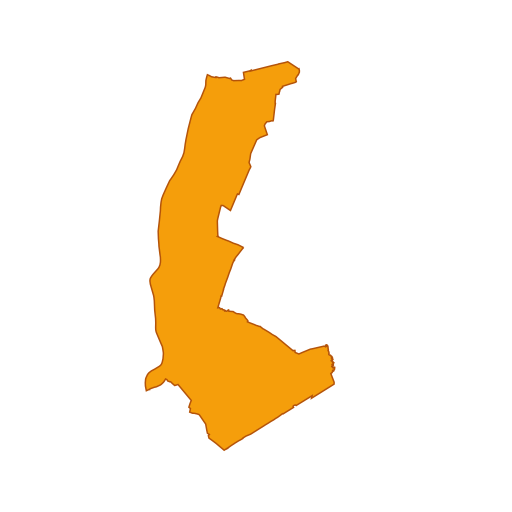 outline of Līksnas pag., Daugavpils, Latvia, rotated 29°
{"feature_id": "27541924B33833880746459", "entity_name": "Līksnas pag.", "entity_type": "district", "adm_level": 2, "iso_a3": "LVA", "parent_name": "Latvia", "parent_adm1": "Daugavpils", "projection": "orthographic", "projection_center": [26.497, 56.013], "detail": "fine", "context": "isolated", "style": "filled", "palette": "amber", "viewbox_px": 512, "rotation_deg": 29, "n_neighbors": 0, "source": "geoboundaries", "source_scale": "gbopen_adm2", "svg_char_len": 5832}
<svg xmlns="http://www.w3.org/2000/svg" viewBox="0 0 512 512"><g transform="rotate(29 256 256)"><path d="M292.9,316.1L291.6,316.2L289.4,316.7L288.3,316.7L282.7,317.5L280.4,317.7L280.4,316.7L279.5,316.2L276.7,315.2L275.7,314.5L273.7,313.7L271.0,314.2L268.9,314.9L267.5,315.6L266.2,315.9L262.8,315.7L262.3,316.0L260.7,316.7L259.1,317.5L258.7,317.4L258.5,317.1L258.5,316.7L258.4,316.5L258.2,316.4L257.9,316.7L257.2,318.4L256.9,318.7L256.5,318.8L255.6,318.5L255.4,318.6L255.4,318.8L255.4,319.2L255.3,319.3L255.0,319.2L254.4,318.6L253.9,318.7L253.0,319.1L252.2,318.7L251.7,318.6L251.4,318.9L250.9,319.5L250.2,319.5L249.3,318.9L248.9,318.9L247.7,319.8L245.5,309.9L245.1,308.7L244.9,307.8L245.4,307.7L243.8,300.7L243.6,300.7L243.0,296.8L242.6,295.2L241.6,288.5L240.7,283.5L240.4,281.2L240.2,279.6L239.3,274.7L239.0,272.8L239.1,270.7L239.2,270.1L238.7,270.2L239.0,266.3L239.6,263.1L240.5,257.1L240.9,255.2L240.2,255.1L239.8,254.9L239.9,254.7L234.7,254.9L230.0,255.8L224.7,256.2L222.4,256.6L217.6,257.2L212.8,257.6L212.7,257.6L213.1,256.9L212.7,256.6L210.4,252.9L205.2,244.1L204.5,242.1L201.3,230.3L201.1,228.6L202.8,227.8L211.6,228.6L209.8,212.3L209.7,210.7L211.2,210.5L210.8,206.7L210.4,203.2L208.3,183.8L208.3,181.3L208.1,180.3L204.7,177.7L204.2,176.3L204.0,175.3L203.6,174.0L201.7,169.0L200.3,154.0L202.0,150.6L207.1,144.4L200.2,138.1L199.9,136.4L200.4,133.3L202.4,132.0L204.1,130.2L205.4,129.6L205.3,128.8L201.1,118.6L199.1,113.3L198.9,113.4L197.8,111.5L195.1,105.0L196.2,104.4L197.6,103.3L196.9,101.0L196.9,100.6L196.3,98.6L197.5,95.5L196.9,94.8L203.0,88.3L204.1,87.3L206.1,85.2L206.7,84.3L206.6,83.7L206.3,83.6L205.9,83.1L204.6,81.5L204.8,77.5L205.1,77.2L204.8,74.2L204.6,73.8L204.0,72.7L202.8,71.4L202.6,71.7L189.6,70.7L187.2,73.1L182.6,77.1L182.5,77.4L177.4,82.0L161.5,96.9L161.4,96.2L160.9,97.0L156.0,101.5L159.6,106.2L160.3,107.0L158.0,109.8L157.4,110.0L155.4,111.1L151.4,113.5L149.6,113.8L149.1,113.7L147.8,112.9L147.3,112.8L146.8,113.6L142.3,114.6L137.4,117.9L137.1,118.1L136.6,118.1L134.7,118.5L134.1,118.8L134.4,119.3L133.0,119.9L130.1,120.8L128.0,120.8L125.6,121.0L126.1,123.3L126.7,125.5L127.2,127.0L129.1,130.7L129.6,132.2L129.9,133.6L131.2,144.4L131.0,150.0L131.5,156.3L131.4,163.5L132.2,166.8L135.0,177.5L138.3,188.1L139.9,192.6L141.5,196.6L142.9,200.5L143.6,204.5L143.8,209.9L144.3,214.7L144.8,219.1L144.7,224.9L144.0,232.1L144.5,239.6L145.2,247.6L145.8,251.7L146.9,255.0L148.8,259.5L150.5,262.9L154.7,272.7L158.4,281.7L162.3,288.2L165.3,292.7L166.4,294.5L171.5,301.5L172.9,303.3L174.3,305.6L175.4,307.7L176.3,310.3L176.6,312.7L176.5,314.4L174.9,321.6L174.6,323.4L174.4,326.0L174.5,327.2L174.8,328.1L175.3,329.2L177.2,331.8L185.6,340.2L186.6,341.4L188.8,344.5L193.6,352.4L198.6,359.5L200.8,363.2L202.8,367.0L204.0,369.0L204.7,369.9L205.5,370.8L206.8,371.9L211.9,375.9L215.1,378.4L218.0,380.6L219.8,382.8L221.8,385.4L222.5,386.6L224.5,391.0L225.5,394.5L225.7,396.0L225.7,397.0L225.4,398.2L224.9,399.4L222.1,404.3L220.2,407.2L219.5,408.8L219.0,410.0L218.6,412.1L218.8,415.5L219.1,417.1L220.6,420.5L222.3,423.3L225.4,427.0L227.1,424.7L227.7,424.4L227.5,424.0L228.0,423.2L230.9,419.9L231.9,419.1L232.6,418.3L235.0,415.0L235.6,413.5L236.0,412.2L236.3,411.1L236.5,409.1L236.5,407.4L238.0,407.3L239.3,408.1L241.7,407.8L242.1,407.5L242.3,407.4L244.8,408.1L247.7,408.7L250.1,406.2L269.4,413.7L269.9,417.4L270.2,418.8L270.6,420.8L272.6,421.2L273.7,424.7L275.8,424.4L276.4,424.4L279.0,423.2L280.1,423.0L280.7,422.7L283.1,422.3L283.9,422.6L293.5,427.4L297.3,432.1L299.5,434.6L301.7,434.7L301.4,436.2L303.2,438.1L306.0,438.4L311.7,439.2L322.3,441.3L323.7,438.8L323.9,438.9L324.5,437.8L324.3,437.7L324.5,437.4L325.9,434.4L328.2,430.0L330.5,425.9L331.4,424.6L333.0,421.9L332.8,421.5L334.6,418.3L337.7,414.4L346.3,398.7L347.7,396.3L349.3,393.3L350.9,390.7L352.0,388.4L353.0,386.8L354.7,383.2L355.4,381.5L355.8,380.9L356.2,381.0L362.2,370.3L361.6,370.1L361.3,369.0L361.9,367.9L362.8,367.2L363.6,367.3L372.8,351.0L373.5,353.5L384.6,333.5L386.4,330.2L385.5,328.5L378.4,322.5L379.0,321.3L378.9,321.2L379.0,320.8L379.1,320.6L378.8,319.5L378.6,319.3L378.5,319.0L378.6,318.9L378.6,318.7L378.8,318.6L379.2,318.6L379.1,319.0L379.3,319.2L379.6,319.1L379.7,318.8L379.7,318.6L379.6,318.4L379.5,317.6L379.5,317.3L379.6,317.0L379.4,316.5L378.8,316.3L378.8,316.2L379.1,316.2L379.0,315.5L378.7,315.2L378.3,315.7L378.0,315.8L377.9,316.3L377.6,316.5L377.2,316.4L376.8,315.8L376.7,315.4L376.4,315.6L376.1,316.0L375.8,316.0L375.7,315.8L376.1,315.0L376.3,314.9L376.6,314.9L376.7,314.6L375.8,314.5L375.5,314.1L375.1,314.0L375.1,313.9L375.4,313.6L375.6,313.6L375.8,313.7L375.9,314.0L376.3,313.9L376.2,313.3L375.9,312.9L375.9,312.6L375.8,312.3L375.8,312.0L375.8,311.8L375.8,311.6L375.3,311.6L375.0,311.7L374.8,312.1L374.7,312.1L374.5,311.9L374.3,311.0L373.7,310.9L373.6,311.2L372.9,311.3L372.6,311.2L372.9,310.7L373.1,310.7L373.1,310.0L373.2,309.9L373.3,309.6L372.7,309.7L372.7,309.4L372.8,309.2L372.9,308.9L372.5,308.5L372.1,308.7L372.2,308.3L372.3,308.1L372.0,308.0L371.7,308.2L371.2,308.1L371.1,307.9L371.4,307.6L371.5,307.4L371.4,307.3L370.7,307.0L370.2,307.0L369.9,307.1L369.4,306.7L368.9,306.7L368.7,306.9L368.4,307.0L367.5,306.9L367.2,306.5L367.2,306.2L367.1,305.7L366.8,305.6L366.5,305.1L366.5,304.8L366.4,304.7L365.8,304.3L365.0,303.9L364.9,303.8L365.0,303.6L365.0,303.4L364.9,303.1L364.4,302.7L364.2,302.3L363.8,301.9L363.7,301.5L362.8,300.5L362.7,300.1L362.4,299.9L361.3,299.4L360.9,299.4L360.7,299.5L360.8,299.7L361.3,299.8L361.3,300.3L361.3,300.5L360.9,300.6L360.3,300.3L360.1,300.4L360.2,300.7L360.7,301.0L361.3,301.1L361.0,301.6L360.9,301.7L360.4,301.6L359.7,301.8L359.3,302.0L359.0,302.0L350.2,309.9L348.7,311.1L343.3,317.9L341.0,320.9L337.0,321.4L335.8,319.7L334.5,320.5L334.4,320.9L312.6,316.8L307.9,316.8L306.6,316.6L303.9,316.4L298.3,316.2L297.6,316.3L293.6,315.6L292.9,316.1Z" fill="#f59e0b" stroke="#b45309" stroke-width="1.5"/></g></svg>